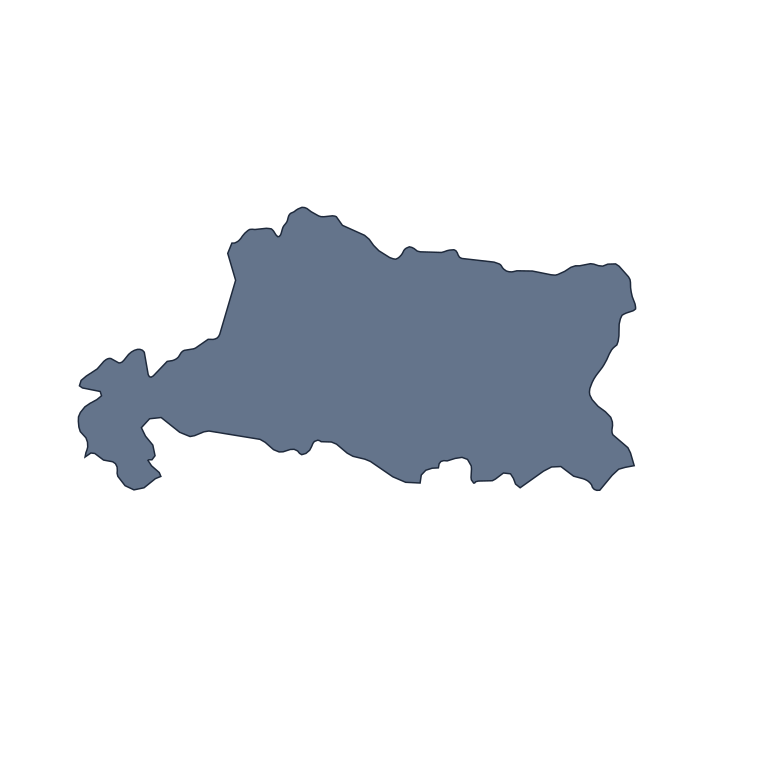 Ústecký, Mercator projection, rotated 214°
{"feature_id": "CZE-10368", "entity_name": "Ústecký", "entity_type": "Region", "adm_level": 1, "iso_a3": "CZE", "parent_name": "Czechia", "parent_adm1": "", "projection": "mercator", "projection_center": [13.915, 50.559], "detail": "fine", "context": "isolated", "style": "filled", "palette": "slate", "viewbox_px": 768, "rotation_deg": 214, "n_neighbors": 0, "source": "natural_earth", "source_scale": "10m", "svg_char_len": 3867}
<svg xmlns="http://www.w3.org/2000/svg" viewBox="0 0 768 768"><g transform="rotate(214 384 384)"><path d="M541.8,154.9L553.0,158.6L555.3,160.7L556.9,163.4L558.9,166.0L562.1,167.8L565.5,167.8L574.0,164.1L584.9,164.7L588.4,162.9L591.0,156.3L592.7,160.3L593.4,163.2L594.4,166.1L597.3,170.0L601.0,172.7L609.2,174.7L612.9,177.7L616.5,182.1L618.9,185.9L619.8,190.6L619.2,197.8L616.9,203.6L613.3,210.5L611.6,216.3L615.1,219.1L631.8,212.1L635.5,212.2L637.1,217.6L635.3,224.0L630.2,236.1L629.1,244.6L629.0,245.9L628.1,248.7L627.3,250.2L626.2,251.5L624.7,252.4L615.6,253.2L614.4,254.2L613.4,255.8L612.9,258.3L612.3,265.7L611.3,269.3L609.8,272.3L607.8,274.8L605.6,276.3L603.1,276.9L600.5,276.3L584.7,259.9L582.6,258.9L580.9,259.4L579.8,261.7L576.4,281.5L572.5,285.1L571.2,286.9L570.1,289.0L569.5,291.4L569.7,296.5L569.3,298.5L568.4,300.2L561.6,306.6L560.4,308.3L554.8,322.7L550.6,325.4L549.2,326.9L548.1,328.7L547.7,330.9L548.0,333.4L565.0,387.0L586.6,404.9L588.9,415.8L586.8,417.2L585.7,418.9L584.8,420.8L584.4,422.4L584.1,424.6L584.1,427.5L583.7,431.3L582.7,435.0L582.2,436.2L581.7,437.1L579.8,438.6L577.4,439.9L568.6,447.3L565.9,448.8L564.1,449.6L562.6,449.4L561.0,449.0L557.0,447.2L554.5,446.7L553.4,447.6L553.1,449.5L553.5,451.4L554.9,455.6L555.4,457.5L555.5,459.3L555.2,462.4L555.2,464.0L555.5,465.5L556.7,468.9L557.1,470.5L557.1,472.2L556.8,473.4L555.4,475.6L554.8,476.7L554.2,478.7L553.2,481.0L550.8,484.6L548.4,485.9L546.0,486.4L540.7,486.1L532.2,486.8L529.8,487.5L527.3,489.1L520.8,494.6L518.6,495.7L517.0,496.0L507.2,492.3L483.3,496.4L477.2,495.7L470.2,493.1L462.8,491.6L450.1,492.0L446.5,492.9L444.1,494.0L442.9,496.0L442.2,498.1L441.8,500.7L441.8,502.7L442.2,505.7L442.1,507.3L441.5,509.1L439.7,511.9L437.3,512.8L434.8,513.1L430.7,512.8L427.8,513.9L409.9,525.2L408.1,527.3L406.2,529.9L404.5,531.7L401.1,534.4L399.0,534.7L396.7,533.8L394.7,532.4L392.3,531.3L389.7,531.6L360.9,546.6L355.6,548.0L354.1,548.0L352.8,547.6L350.9,546.7L349.1,546.2L345.7,546.1L343.1,547.0L340.9,548.3L339.9,549.2L337.1,552.2L324.2,560.6L306.5,568.0L302.9,570.0L301.2,571.9L297.2,578.4L294.3,585.3L291.4,589.0L287.9,591.4L280.1,599.2L277.1,600.7L272.4,602.0L268.6,604.0L265.5,608.5L259.1,613.1L254.9,613.1L241.3,609.6L238.5,608.2L236.6,606.2L233.3,601.6L230.5,598.5L227.0,595.2L220.6,590.7L218.4,588.4L217.4,586.9L218.0,585.0L218.5,583.9L222.9,578.2L224.1,576.2L225.1,574.1L224.5,570.3L222.5,565.1L216.1,555.2L213.8,550.4L212.8,546.6L213.5,544.4L214.1,542.1L214.4,539.6L214.0,534.7L212.9,528.7L212.4,523.1L212.3,519.9L212.9,509.7L212.8,505.7L212.3,501.6L210.8,495.3L209.2,492.2L207.3,490.0L202.7,487.4L194.1,485.2L184.9,484.8L177.4,483.2L173.5,480.3L171.3,477.4L169.3,473.3L167.8,471.3L166.0,469.9L146.2,467.6L141.1,464.7L130.9,456.2L137.5,449.7L141.8,444.6L143.8,435.9L145.7,416.6L148.2,414.8L150.8,414.2L153.3,414.8L155.6,416.5L158.3,417.3L161.1,417.6L163.9,417.3L166.7,416.6L166.8,416.5L175.3,413.6L191.2,414.5L198.7,408.9L203.0,401.0L213.1,374.1L219.0,374.6L223.9,378.1L228.9,380.3L235.2,377.0L238.5,367.4L240.1,364.4L251.5,356.3L253.3,354.3L253.5,352.6L254.3,352.0L258.0,353.4L259.6,355.2L263.9,362.4L265.9,364.9L272.6,368.2L278.3,366.8L283.4,362.1L288.6,355.6L291.6,353.9L293.5,351.6L293.7,348.7L292.0,344.9L297.0,341.1L301.1,335.9L302.2,329.4L298.7,322.1L311.1,314.6L324.8,312.0L352.0,312.2L357.8,311.0L369.3,306.7L375.9,306.1L389.7,307.6L395.2,306.5L403.9,301.0L405.8,301.0L407.5,300.4L409.6,297.4L409.7,294.9L409.0,291.5L408.6,287.5L409.9,282.8L412.7,279.4L415.3,279.3L418.2,280.2L422.0,279.6L425.1,277.3L429.7,271.4L433.0,269.0L438.9,267.8L449.9,269.2L455.8,268.8L502.9,247.1L506.6,243.6L512.1,235.3L515.4,232.0L526.3,229.7L550.0,231.6L558.9,224.1L560.7,212.1L552.6,207.4L541.5,204.1L533.7,196.5L534.0,191.4L536.6,189.7L537.0,188.7L531.0,186.2L520.8,184.9L517.3,182.6L520.6,177.7L524.9,163.8L532.1,156.4L541.8,154.9Z" fill="#64748b" stroke="#1e293b" stroke-width="1.5"/></g></svg>